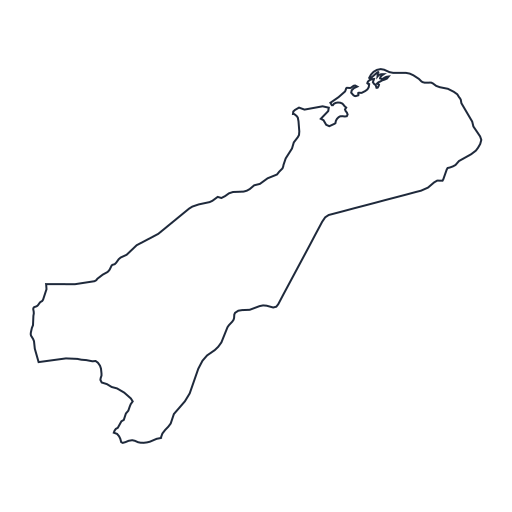 the border of La Guajira
{"feature_id": "COL-1318", "entity_name": "La Guajira", "entity_type": "Department", "adm_level": 1, "iso_a3": "COL", "parent_name": "Colombia", "parent_adm1": "", "projection": "orthographic", "projection_center": [-72.284, 11.434], "detail": "fine", "context": "isolated", "style": "outline", "palette": "slate", "viewbox_px": 512, "rotation_deg": 0, "n_neighbors": 0, "source": "natural_earth", "source_scale": "10m", "svg_char_len": 3896}
<svg xmlns="http://www.w3.org/2000/svg" viewBox="0 0 512 512"><path d="M442.5,180.7L437.2,180.6L434.1,182.4L428.0,187.6L421.0,190.7L416.2,191.9L405.8,194.7L395.5,197.4L385.1,200.1L374.7,202.9L364.4,205.6L354.0,208.3L343.6,211.1L333.3,213.8L328.7,215.0L325.2,217.3L322.2,221.7L320.4,225.1L315.1,235.0L309.9,244.9L304.6,254.8L299.3,264.7L294.0,274.6L288.7,284.5L283.4,294.4L278.2,304.3L276.3,306.7L273.2,307.5L266.6,305.7L263.1,305.4L259.6,306.1L249.7,309.8L242.1,310.1L238.3,310.7L235.1,312.8L234.3,314.5L234.1,317.9L233.6,319.7L232.3,321.6L228.9,325.2L227.5,327.2L221.4,342.4L218.2,346.8L214.9,350.0L207.1,355.4L202.5,360.7L198.3,368.7L189.7,393.4L184.9,401.3L173.9,414.0L170.7,423.5L168.2,426.8L165.2,429.9L162.4,433.5L161.1,437.1L161.1,437.9L160.9,438.0L156.7,438.8L149.9,441.7L147.0,442.4L143.7,442.8L140.5,442.7L138.0,442.2L134.9,440.8L132.2,440.2L128.6,440.8L125.5,442.1L122.7,442.9L121.2,442.1L120.3,438.8L119.1,436.3L117.1,433.9L113.8,432.7L114.6,430.6L115.8,428.9L117.8,427.8L121.4,421.3L123.8,419.9L125.9,413.5L128.3,410.7L129.8,406.4L130.7,404.2L132.7,401.4L130.9,398.5L124.2,392.6L117.0,388.4L111.7,387.0L106.9,384.1L101.7,382.5L100.4,379.9L100.7,378.0L101.5,375.6L101.5,373.6L101.0,368.7L100.0,365.7L97.9,362.7L95.6,361.0L92.5,361.3L86.3,360.1L81.3,359.7L77.4,358.9L65.9,358.4L38.6,362.1L34.8,348.7L34.0,341.2L33.1,339.0L31.0,335.6L30.7,334.1L30.9,332.3L31.9,327.9L33.0,325.2L33.4,315.8L33.8,313.5L33.7,311.6L33.2,309.0L33.5,307.9L34.2,307.1L35.8,306.6L36.9,306.1L37.8,305.4L40.0,302.4L40.8,301.8L42.2,301.0L43.1,299.6L46.5,289.2L46.2,284.7L46.1,284.1L75.0,284.2L94.5,281.2L96.3,280.2L97.4,278.7L102.8,274.6L107.4,272.1L108.3,271.3L109.6,269.7L111.7,265.4L112.6,264.8L114.7,264.2L116.2,262.7L118.7,259.2L120.7,257.5L126.6,254.8L136.7,245.2L158.2,233.9L189.1,208.6L192.3,206.6L198.8,204.4L209.6,202.1L212.4,200.8L217.7,196.9L221.4,198.0L225.1,196.1L229.0,193.3L233.0,192.0L243.6,191.6L246.8,190.7L249.7,189.1L254.2,185.3L259.9,183.9L267.6,178.3L277.0,174.5L279.2,171.7L282.5,168.4L283.2,166.5L283.5,164.9L285.7,158.4L292.0,148.5L293.8,142.4L297.8,137.2L299.0,135.0L299.3,131.5L298.5,121.3L297.8,117.6L296.8,116.2L295.1,114.7L293.6,113.8L293.0,113.9L293.3,111.5L294.9,110.0L299.0,107.6L304.5,109.6L322.6,106.3L328.8,107.7L328.2,111.1L320.8,118.8L323.5,120.2L326.2,124.8L329.3,126.2L334.5,123.8L335.4,123.2L335.9,120.8L337.0,118.8L338.6,117.2L340.2,116.3L342.5,116.2L344.9,116.5L346.8,116.2L347.6,114.5L346.9,112.6L345.6,111.0L345.0,109.4L346.2,107.6L344.5,106.1L343.5,104.8L342.4,103.6L340.2,102.7L337.9,102.5L335.7,102.9L333.9,103.8L332.9,105.2L331.8,105.2L330.4,102.8L338.5,97.2L345.0,91.5L345.4,90.7L346.2,88.3L346.9,87.8L350.0,88.0L350.9,87.8L353.6,85.8L355.1,85.5L357.2,86.6L354.0,88.1L351.7,90.3L351.2,92.7L353.5,95.3L354.7,96.0L355.7,96.1L358.3,95.3L358.5,94.8L358.3,93.9L358.2,93.1L358.9,92.7L361.4,92.9L362.0,92.7L365.3,91.0L367.4,89.4L368.7,87.3L369.2,84.1L368.8,83.8L367.8,83.7L367.3,83.2L367.9,81.6L369.1,80.5L370.7,79.6L372.4,79.2L374.0,79.0L372.9,82.2L374.0,83.8L375.7,85.2L376.5,87.8L377.6,87.7L378.0,87.1L378.7,85.8L379.0,84.6L378.2,84.1L377.0,83.6L377.9,82.7L379.4,81.8L380.1,81.6L382.1,80.4L384.6,79.6L386.9,78.6L388.6,76.5L386.4,76.8L384.6,77.6L383.1,78.6L381.9,79.0L380.1,78.4L380.4,77.0L381.9,75.4L383.7,74.2L381.7,74.2L379.9,74.5L378.5,75.3L377.5,76.5L377.8,73.6L378.1,72.6L378.8,71.6L376.5,73.1L371.9,77.2L370.3,79.0L369.2,77.9L371.0,74.6L373.6,71.8L376.9,69.9L380.7,69.1L384.1,69.7L389.4,72.1L393.3,72.9L406.1,72.9L409.7,73.6L413.4,75.3L418.9,78.9L421.3,81.3L422.5,82.1L424.8,82.7L431.1,82.6L432.7,83.3L436.2,85.9L439.8,87.2L447.9,88.8L453.8,91.8L457.3,94.3L459.2,97.4L460.0,98.3L460.8,99.8L461.4,103.2L472.2,121.6L473.4,126.5L480.1,136.4L481.3,139.9L480.2,144.0L478.0,147.8L475.9,150.6L471.2,154.2L459.0,161.0L455.5,165.0L452.9,166.4L449.9,167.5L447.6,168.0L446.7,169.6L443.3,179.3L442.5,180.7L442.5,180.7Z" fill="none" stroke="#1e293b" stroke-width="2"/></svg>